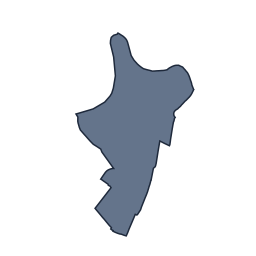 Fundeni, Galati, Romania, rotated 137°
{"feature_id": "2599482B42074396802829", "entity_name": "Fundeni", "entity_type": "district", "adm_level": 2, "iso_a3": "ROU", "parent_name": "Romania", "parent_adm1": "Galati", "projection": "albers", "projection_center": [27.553, 45.567], "detail": "fine", "context": "isolated", "style": "filled", "palette": "slate", "viewbox_px": 256, "rotation_deg": 137, "n_neighbors": 0, "source": "geoboundaries", "source_scale": "gbopen_adm2", "svg_char_len": 2755}
<svg xmlns="http://www.w3.org/2000/svg" viewBox="0 0 256 256"><g transform="rotate(137 128 128)"><path d="M206.9,91.7L207.4,82.6L207.6,79.7L207.6,78.2L208.1,69.9L208.1,66.4L208.8,66.1L209.5,65.9L209.3,64.4L209.1,63.7L208.8,63.1L209.4,62.8L208.6,60.7L207.4,58.1L206.3,56.1L205.3,54.9L204.1,52.4L202.9,50.3L202.6,50.4L201.5,50.9L200.0,51.5L196.1,53.4L189.1,56.5L184.6,58.5L181.6,59.9L181.1,58.6L180.3,58.2L175.8,59.3L174.6,59.6L171.9,61.1L163.0,65.3L160.1,66.6L157.3,68.0L153.3,70.3L153.1,70.5L150.6,71.8L147.9,73.5L146.9,74.2L146.5,74.1L146.3,74.4L136.9,81.2L136.1,81.2L134.7,81.1L133.7,81.5L131.7,82.8L122.1,90.3L117.0,94.2L113.6,96.8L111.9,92.1L109.8,86.8L108.7,87.3L106.1,89.4L105.3,90.1L104.8,90.5L103.8,91.3L97.0,96.6L95.6,97.7L94.9,98.2L93.5,99.3L90.9,101.2L90.8,101.3L89.6,101.8L88.2,102.8L87.4,103.4L86.3,103.5L86.1,105.0L85.9,105.9L84.7,107.4L83.6,108.2L81.7,108.6L81.1,108.6L80.5,108.5L79.4,108.3L78.6,108.1L77.7,108.2L76.9,108.2L74.9,108.1L74.2,108.2L73.5,108.3L72.9,108.4L72.4,108.4L72.0,108.4L69.3,108.6L68.4,108.7L67.2,108.7L66.8,108.6L64.8,108.7L64.4,108.7L63.2,108.8L62.2,108.8L61.5,108.9L60.8,109.0L60.4,109.0L60.0,109.1L59.2,109.3L58.2,109.6L57.5,109.8L56.6,110.2L55.2,110.7L54.0,111.2L53.9,111.3L53.7,111.3L53.7,111.5L52.2,115.3L52.0,115.8L51.2,117.1L50.8,117.8L50.5,118.4L49.7,120.3L49.6,120.5L49.4,120.9L48.0,124.0L47.9,124.3L47.2,126.4L46.8,128.0L46.7,130.6L46.6,131.4L46.6,131.9L46.6,133.2L46.5,135.3L47.3,137.1L48.1,139.2L48.3,139.4L48.4,139.6L49.1,140.2L49.5,140.6L50.4,141.3L51.0,141.7L51.8,142.1L52.3,142.3L53.0,142.6L53.8,142.9L54.6,143.1L55.6,143.4L56.5,143.6L56.9,143.7L57.4,143.8L58.5,143.9L59.7,143.9L60.0,144.1L60.3,144.3L61.2,144.8L61.8,145.2L62.8,145.9L63.3,146.3L63.9,146.8L64.6,147.4L66.5,148.9L67.5,149.8L67.9,150.1L68.5,150.6L69.8,151.6L70.2,152.0L71.1,152.7L71.3,152.9L71.4,153.0L72.8,155.3L74.0,157.1L74.8,158.4L76.0,160.4L76.3,161.0L76.4,161.3L76.4,161.5L76.6,162.2L76.8,163.1L77.2,165.5L77.3,166.3L77.4,166.8L77.4,167.4L77.4,167.7L77.5,168.1L77.5,168.4L77.4,173.3L77.3,174.0L76.3,178.8L75.5,180.3L72.1,186.7L69.8,191.1L69.1,193.0L68.8,194.8L68.8,196.4L69.0,198.4L70.0,202.3L70.6,204.3L72.0,204.0L75.2,205.6L78.4,205.7L80.0,204.7L81.2,203.8L83.2,201.9L90.1,189.7L101.7,174.7L111.6,167.1L116.2,164.5L119.4,163.6L127.4,162.8L140.4,165.7L143.7,167.3L150.3,170.6L155.9,173.4L156.5,173.7L157.2,170.2L160.1,167.2L161.1,165.7L162.0,163.9L163.2,161.6L164.2,159.0L164.4,153.0L164.4,151.7L164.6,144.2L164.5,139.8L163.8,137.2L162.3,131.2L163.5,128.2L165.8,110.4L166.1,108.2L167.0,109.0L168.8,110.0L170.6,110.7L171.8,111.0L173.0,111.1L174.7,111.0L178.4,110.2L182.8,109.2L182.6,108.7L182.0,105.6L180.9,100.4L181.5,99.5L180.8,97.9L181.1,95.9L197.0,93.3L206.9,91.7Z" fill="#64748b" stroke="#1e293b" stroke-width="1.5"/></g></svg>